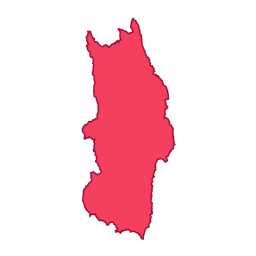 Si Sawat, Kanchanaburi, Thailand (Equal Earth projection), rotated 184°
{"feature_id": "78962969B73671934150573", "entity_name": "Si Sawat", "entity_type": "district", "adm_level": 2, "iso_a3": "THA", "parent_name": "Thailand", "parent_adm1": "Kanchanaburi", "projection": "equal_earth", "projection_center": [99.137, 14.65], "detail": "fine", "context": "isolated", "style": "filled", "palette": "rose", "viewbox_px": 256, "rotation_deg": 184, "n_neighbors": 0, "source": "geoboundaries", "source_scale": "gbopen_adm2", "svg_char_len": 5830}
<svg xmlns="http://www.w3.org/2000/svg" viewBox="0 0 256 256"><g transform="rotate(184 128 128)"><path d="M105.1,18.4L105.2,20.8L103.7,28.0L102.3,29.9L100.2,30.9L100.1,31.3L100.9,32.0L100.9,32.6L98.9,36.4L98.8,36.9L99.3,37.3L99.2,38.1L99.5,38.7L99.1,39.0L99.2,39.6L98.7,40.5L99.2,41.8L99.7,42.2L99.8,43.1L99.5,43.5L98.7,43.6L98.5,44.2L97.8,44.4L97.7,44.8L97.8,45.4L98.7,46.1L98.2,47.1L98.8,47.9L98.4,49.3L99.0,49.8L98.6,50.7L98.7,53.1L99.0,53.8L98.6,55.0L99.9,55.7L100.1,56.4L100.0,57.8L100.2,58.3L99.9,58.9L99.9,60.4L99.5,60.9L99.6,62.2L100.4,62.5L99.9,63.0L99.8,64.0L100.1,65.5L99.6,66.5L99.8,67.5L99.7,69.2L100.1,69.8L99.6,70.5L99.4,72.1L100.1,72.7L100.6,72.6L100.8,73.2L100.5,73.8L100.7,74.9L99.7,76.2L99.8,76.8L100.4,77.6L100.4,78.9L99.8,79.8L99.8,80.6L99.0,80.7L98.5,81.4L98.6,81.8L99.2,81.9L99.5,82.4L99.4,84.2L99.1,84.4L98.7,85.8L98.8,87.0L98.0,87.4L97.4,88.4L97.7,89.1L97.7,90.7L98.5,91.7L97.9,92.7L98.1,94.7L97.0,96.5L97.0,97.1L96.7,97.8L95.8,99.0L93.1,99.7L91.8,99.4L90.1,98.6L89.2,97.0L88.2,96.7L86.6,98.0L86.5,98.5L87.7,101.3L87.4,101.8L87.5,102.3L86.3,102.5L85.2,104.8L84.9,106.4L83.6,107.6L83.4,109.2L81.4,110.6L81.5,113.7L80.9,114.5L80.1,114.7L81.0,116.2L81.4,118.7L82.2,119.7L81.8,120.8L82.1,121.4L81.9,122.3L82.7,124.2L82.6,125.6L83.3,126.3L82.8,129.0L83.2,129.7L83.1,131.0L84.0,131.3L84.6,133.1L85.2,133.2L85.6,134.1L87.1,135.2L87.2,135.7L86.9,136.8L88.8,139.8L90.5,140.6L91.0,141.3L92.2,140.6L92.7,141.5L92.5,142.8L91.6,144.6L92.3,145.2L92.2,147.5L92.6,148.2L92.2,149.0L90.7,149.9L89.9,151.8L91.7,153.4L91.7,154.9L92.4,155.9L92.5,157.1L93.1,158.0L92.7,158.9L91.7,159.0L91.0,159.6L90.3,159.3L89.4,160.2L90.0,161.0L90.0,163.5L90.4,164.3L90.6,165.5L91.1,166.0L90.9,167.2L91.6,168.4L92.7,171.4L94.4,172.9L95.4,173.0L95.9,173.5L96.6,175.9L97.4,177.1L97.4,177.9L98.4,178.0L99.4,179.5L101.0,180.3L101.3,181.2L101.0,181.5L101.6,181.9L102.7,181.6L102.9,181.8L102.7,182.4L103.8,182.6L104.0,183.4L105.1,183.1L106.7,183.8L106.5,185.3L105.4,186.4L105.5,186.9L106.5,187.6L106.3,189.1L107.5,190.0L108.1,191.7L109.6,191.4L110.0,191.7L110.3,193.1L110.1,194.2L110.7,194.7L111.3,196.0L111.1,197.3L111.7,197.7L112.2,199.2L112.7,199.7L113.9,199.8L114.1,200.7L115.1,201.6L115.4,203.0L116.3,204.2L116.4,205.7L117.7,207.6L119.9,212.3L120.1,213.2L120.1,214.9L120.7,216.9L120.8,219.3L121.3,220.3L121.0,221.4L122.0,222.2L123.1,223.9L122.9,225.8L124.1,227.9L124.2,230.1L124.9,230.8L125.4,232.2L126.4,233.1L127.9,235.6L129.5,235.9L130.4,237.5L130.6,237.6L131.5,236.0L131.5,234.9L132.0,234.0L132.0,231.7L132.3,229.9L132.1,228.3L130.8,226.9L129.8,224.9L130.3,223.9L130.8,223.4L132.0,223.2L133.4,222.2L135.3,223.0L136.7,224.3L137.6,224.2L141.2,225.8L142.0,225.5L143.3,226.2L144.4,226.3L144.4,225.3L143.2,224.6L142.5,223.2L142.4,219.2L141.9,216.5L141.1,215.3L142.4,214.9L143.3,213.0L144.3,214.5L145.1,213.6L145.5,213.7L146.3,211.8L147.3,212.1L147.5,211.9L147.2,211.1L148.0,211.2L150.5,210.1L150.8,209.1L152.1,207.8L152.4,207.1L152.8,207.0L153.0,207.9L154.2,208.1L155.3,209.4L156.4,209.3L157.1,208.5L157.7,208.6L157.7,208.0L158.8,207.2L159.9,207.5L162.3,208.6L164.6,211.5L166.0,211.9L166.8,211.6L167.4,211.9L167.9,212.7L167.9,214.9L168.8,214.9L170.2,216.8L171.7,220.0L172.2,221.6L172.8,221.3L173.2,221.6L174.8,221.5L174.2,219.9L174.5,219.0L174.3,217.8L174.5,217.6L174.9,217.7L175.0,216.9L175.8,216.1L175.9,215.1L175.2,213.6L174.8,211.3L174.0,209.9L173.5,209.7L173.2,208.6L174.4,208.2L175.0,207.0L175.0,206.3L173.9,205.5L174.1,204.6L173.4,202.9L170.9,200.6L170.8,197.0L169.8,196.0L168.8,196.4L168.3,196.2L167.3,193.5L167.3,191.1L167.6,190.1L166.7,189.2L166.9,186.8L166.6,183.0L167.0,182.0L166.9,181.1L167.3,180.8L167.3,179.9L166.9,178.7L165.2,177.3L165.2,174.3L164.1,171.1L164.1,169.9L165.0,167.1L164.5,164.9L164.9,162.3L164.3,161.6L164.4,159.8L163.9,158.6L163.9,157.3L162.2,156.5L159.9,150.4L159.2,149.8L159.2,144.4L158.6,141.6L159.3,140.7L159.7,139.3L159.6,136.5L159.1,135.8L160.0,134.9L161.6,134.8L161.7,134.1L162.2,133.8L163.5,133.6L164.1,132.5L165.4,131.6L166.3,131.6L166.8,132.0L167.7,131.3L168.3,129.9L169.5,128.7L170.3,128.1L171.3,128.1L171.7,126.9L172.3,126.1L172.7,126.0L172.6,125.3L173.4,124.0L173.2,121.6L172.5,120.6L171.9,120.3L171.2,118.9L170.5,118.0L170.4,117.4L170.8,116.8L170.5,116.1L171.0,115.0L170.9,114.3L170.5,114.0L169.7,114.1L169.5,114.9L168.9,115.5L167.3,115.1L166.6,116.2L166.4,115.8L165.7,116.1L163.8,115.3L163.1,114.5L162.1,114.3L161.4,113.7L160.5,114.3L160.5,113.4L160.9,112.9L161.2,111.8L160.2,110.3L160.6,107.2L160.4,106.0L159.9,105.3L160.7,104.4L160.9,103.5L160.5,102.5L160.2,102.7L159.1,102.3L159.2,101.9L158.7,101.2L158.9,98.8L157.3,97.7L157.6,96.6L157.3,96.1L157.2,93.7L157.4,93.2L157.9,93.0L157.9,92.4L157.3,91.7L156.0,91.1L155.0,88.3L153.8,87.5L153.4,85.0L151.4,83.1L151.7,81.7L152.7,80.5L154.5,79.7L155.1,79.8L155.6,79.3L156.7,79.7L156.9,80.3L158.1,80.6L159.5,81.9L162.1,80.5L161.6,80.2L161.5,75.8L160.7,74.4L160.7,72.1L161.5,71.9L162.2,70.8L163.2,70.3L164.2,67.5L165.7,67.1L166.5,64.5L167.4,64.0L167.9,63.0L168.0,52.1L166.0,48.3L165.8,46.5L164.3,44.5L164.0,43.5L161.7,41.8L159.9,39.7L159.8,37.5L158.4,39.2L157.1,39.6L155.6,39.1L155.0,40.1L154.7,40.1L153.9,38.9L154.0,38.2L153.5,37.9L153.4,37.0L150.6,34.5L150.2,33.6L149.3,34.2L148.2,33.9L147.7,34.3L147.2,33.6L146.4,33.8L145.4,33.1L144.5,33.2L144.0,32.1L143.4,32.0L142.4,30.7L142.5,30.0L141.9,29.7L140.7,30.0L140.0,32.0L139.5,32.4L138.5,32.5L137.9,33.2L136.5,32.9L135.6,32.2L135.4,31.1L134.3,30.5L133.9,30.7L133.2,29.8L132.7,27.8L131.3,27.2L131.3,26.3L131.8,25.6L133.5,24.6L132.8,23.4L130.3,24.1L129.2,23.6L128.8,22.9L128.1,22.6L127.2,25.3L126.9,25.3L126.6,24.6L124.9,25.4L124.7,25.9L123.1,25.8L122.0,26.7L120.8,26.4L120.2,26.9L119.8,26.4L119.3,26.4L119.3,26.0L118.6,25.5L118.3,24.5L116.1,25.3L113.4,25.0L112.4,24.1L110.6,24.0L109.9,22.7L108.9,22.6L108.8,21.8L107.8,20.8L106.8,18.6L105.1,18.4Z" fill="#f43f5e" stroke="#9f1239" stroke-width="1.5"/></g></svg>